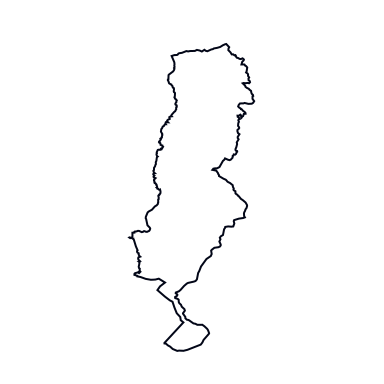 Metinaro, Dili, East Timor, rotated 301°
{"feature_id": "22284137B6793847155334", "entity_name": "Metinaro", "entity_type": "district", "adm_level": 2, "iso_a3": "TLS", "parent_name": "East Timor", "parent_adm1": "Dili", "projection": "natural_earth1", "projection_center": [125.764, -8.537], "detail": "fine", "context": "isolated", "style": "outline", "palette": "ink", "viewbox_px": 384, "rotation_deg": 301, "n_neighbors": 0, "source": "geoboundaries", "source_scale": "gbopen_adm2", "svg_char_len": 6090}
<svg xmlns="http://www.w3.org/2000/svg" viewBox="0 0 384 384"><g transform="rotate(301 192 192)"><path d="M48.6,247.7L48.1,250.4L48.2,252.9L47.5,256.3L48.2,261.2L49.4,262.6L51.5,266.5L54.4,269.4L65.7,278.1L68.4,278.4L71.2,278.1L79.0,279.5L79.8,279.4L81.8,276.9L82.5,275.5L83.3,271.8L83.5,269.2L80.9,265.0L80.8,262.8L80.1,260.9L80.5,255.8L80.5,254.9L79.9,253.4L80.3,251.4L81.5,250.6L83.1,246.9L83.6,246.7L86.6,247.0L87.7,245.8L88.4,242.3L89.7,240.6L90.1,238.5L90.8,237.4L92.8,236.0L93.0,234.8L92.4,232.3L93.2,231.6L95.3,232.6L96.3,232.5L96.7,231.7L96.8,230.2L97.5,229.9L100.1,231.9L102.1,232.6L107.4,233.6L110.8,234.7L112.0,235.4L116.1,239.7L117.3,240.7L118.0,241.0L119.7,241.2L125.7,239.0L128.2,238.9L132.8,238.1L142.0,238.9L146.8,241.1L149.0,240.8L151.6,238.6L152.6,238.7L155.7,239.9L158.3,243.1L159.6,244.0L160.4,244.1L161.3,244.0L161.9,243.5L163.6,241.0L166.2,240.7L167.1,239.4L168.8,239.5L171.1,240.7L176.6,238.7L178.2,238.8L179.2,238.5L181.1,240.7L182.6,243.7L183.7,245.1L186.8,244.5L188.5,242.8L189.6,242.6L193.3,245.9L196.0,249.2L197.5,250.4L198.2,249.1L200.5,247.5L202.0,247.2L203.2,247.2L204.6,246.8L206.2,247.0L208.5,246.4L209.2,245.8L210.6,243.3L211.2,239.7L211.3,237.5L212.5,234.2L212.5,233.2L213.0,232.4L213.0,230.9L213.2,230.0L215.0,228.8L215.0,226.9L215.4,226.3L216.5,226.0L217.5,224.4L218.8,223.4L219.3,219.9L219.1,217.9L219.2,216.8L219.8,215.3L219.9,214.4L219.6,212.1L219.6,206.9L220.4,206.4L221.0,205.1L221.5,204.7L222.8,201.8L221.5,198.1L223.0,198.3L224.1,199.5L225.1,201.2L227.5,202.7L234.6,202.5L236.4,203.1L237.8,203.0L238.2,206.3L238.7,207.9L239.8,208.6L242.3,209.1L243.9,208.3L244.4,208.7L245.7,208.4L246.2,209.7L247.3,210.1L249.1,209.8L249.8,210.0L250.3,209.6L250.0,208.7L250.3,207.8L251.1,207.2L253.2,206.9L256.3,206.0L257.6,204.8L261.2,204.8L261.9,203.3L262.8,202.8L266.0,202.9L266.2,201.1L267.5,199.6L268.6,199.0L270.2,199.5L271.2,199.5L271.8,198.9L272.4,197.4L274.9,196.2L276.3,196.1L277.4,194.7L278.5,194.8L279.2,195.4L279.6,195.1L280.0,192.4L280.9,191.7L281.6,192.9L283.2,193.6L283.0,194.4L281.7,195.5L281.3,196.2L282.5,196.2L283.4,196.7L285.6,196.2L286.7,197.6L287.4,197.0L287.7,195.9L287.9,193.7L288.5,192.1L288.2,191.3L288.6,191.0L288.7,188.6L289.1,187.5L290.7,187.2L292.6,187.5L294.5,190.5L295.4,191.2L296.6,195.0L298.5,197.8L300.0,198.5L301.9,198.5L303.0,195.9L305.2,194.6L305.8,195.0L306.7,194.1L306.9,192.8L307.6,191.8L309.1,190.5L309.3,188.5L309.7,187.6L309.5,185.3L309.7,183.7L310.5,182.8L311.3,179.5L312.1,180.2L312.5,181.4L314.2,183.6L314.6,184.9L316.0,185.2L316.8,184.4L317.0,182.9L318.3,182.0L319.6,182.0L320.4,180.2L321.8,179.4L322.2,178.5L322.3,176.8L323.5,176.7L327.2,175.2L327.8,173.5L327.7,172.5L328.3,171.3L326.8,168.7L329.5,168.0L331.1,168.4L332.1,168.4L332.4,168.0L332.6,166.5L331.1,165.4L330.6,164.2L330.6,162.6L330.2,161.2L330.9,159.6L331.3,159.5L331.7,158.7L331.0,158.0L331.2,156.4L330.4,155.2L331.5,153.1L332.3,150.1L333.8,149.4L335.3,149.3L336.5,145.1L335.7,144.3L333.7,142.9L330.9,141.5L328.5,139.3L326.3,136.8L325.2,136.3L324.1,135.1L320.6,132.7L320.1,131.1L320.3,129.4L317.5,128.1L317.2,125.6L316.3,123.0L314.4,121.8L311.8,117.7L310.5,116.3L309.9,114.6L306.1,111.7L304.4,109.6L303.7,109.1L302.2,108.9L301.6,108.4L300.3,106.4L298.1,104.5L294.1,110.0L292.5,111.2L291.1,111.8L290.2,112.7L289.0,112.7L288.6,113.5L287.1,113.8L285.6,113.7L280.9,111.8L280.1,111.7L276.5,113.7L276.0,113.4L275.2,113.9L274.9,114.7L273.5,116.2L273.3,116.8L273.5,118.9L273.2,119.1L272.7,120.8L272.1,121.2L271.6,122.0L271.7,122.9L270.9,123.6L268.9,124.5L268.3,125.2L268.3,126.0L268.0,126.5L265.2,128.0L264.2,128.1L264.0,128.7L263.3,129.2L263.1,130.9L262.6,131.8L261.9,131.7L261.1,132.3L259.4,132.2L258.8,132.4L258.4,133.0L258.4,134.2L257.7,134.8L257.0,134.8L256.8,135.1L256.0,135.0L254.7,135.9L253.5,135.8L252.6,136.0L251.5,135.5L247.8,134.8L246.6,134.9L246.4,135.6L245.6,134.6L244.4,134.0L243.2,135.3L241.4,134.1L240.5,133.9L239.8,134.2L239.4,135.6L238.3,133.6L237.0,133.9L236.6,134.7L236.2,134.1L235.1,133.8L234.1,133.9L233.0,133.2L231.3,133.5L230.1,133.3L227.7,134.3L226.5,136.6L226.2,136.8L226.1,136.6L225.3,137.3L223.9,137.6L223.6,138.0L222.9,138.1L222.2,137.7L221.7,138.0L221.3,137.5L220.5,138.2L219.5,138.2L218.3,137.8L217.7,138.0L217.4,138.7L217.7,139.2L217.5,139.8L216.2,140.8L216.6,142.7L216.0,143.1L215.9,143.9L213.3,143.9L213.6,143.3L213.1,143.0L211.8,143.0L210.9,141.4L210.4,141.0L207.8,141.3L207.2,142.0L206.2,142.0L205.5,142.6L204.8,143.5L204.7,144.3L204.1,144.0L203.2,144.2L200.4,145.4L198.9,145.6L197.3,146.7L196.2,146.7L195.0,147.1L193.2,147.0L191.2,148.1L190.2,148.0L189.2,149.3L189.0,150.2L188.6,149.5L187.3,149.6L187.0,150.1L186.8,151.3L185.4,151.1L184.9,151.6L185.1,153.6L183.1,153.1L182.1,153.6L181.9,154.3L180.6,155.0L180.4,155.5L180.7,156.1L180.1,157.7L179.7,157.7L179.2,158.7L178.2,159.7L177.6,159.4L177.5,160.1L177.0,160.6L177.3,161.6L177.0,162.4L177.2,163.4L177.5,163.5L176.4,164.6L174.9,165.5L173.9,165.6L173.5,165.3L172.6,165.5L172.3,165.1L171.3,165.1L170.4,166.1L168.7,167.1L168.1,166.9L165.5,168.5L165.2,168.4L164.1,168.9L162.4,168.6L160.5,167.6L156.2,166.8L152.9,164.9L151.6,164.5L147.0,165.2L145.7,165.8L145.3,166.5L140.5,171.0L139.7,174.2L139.0,175.1L137.5,175.4L136.6,175.3L134.6,173.9L134.1,172.7L134.0,171.5L133.5,170.8L132.6,170.5L131.7,169.6L131.4,166.8L130.9,165.7L129.7,164.8L128.5,163.2L128.0,163.1L127.5,163.5L126.4,161.9L123.3,163.8L121.5,164.0L121.4,166.3L121.0,166.9L116.5,171.9L114.0,175.4L113.1,175.3L112.4,175.8L112.0,176.5L112.0,177.9L111.0,178.4L110.1,179.8L109.9,180.9L108.5,179.8L107.6,179.9L106.4,180.9L105.9,183.1L105.1,182.5L105.2,183.2L104.1,183.3L103.5,183.8L100.5,184.8L99.5,185.8L99.4,186.7L97.8,187.5L97.4,188.2L96.9,187.9L96.9,188.8L95.2,188.4L95.2,188.2L95.7,188.0L95.7,187.7L95.1,186.9L93.4,185.3L93.0,185.3L92.8,184.9L92.3,184.8L91.3,185.3L92.0,188.3L91.5,188.6L92.6,191.6L93.7,197.1L95.6,202.0L98.0,205.6L100.6,208.2L100.5,215.5L94.7,213.2L90.1,212.9L88.4,222.6L87.7,228.8L87.9,231.8L83.9,236.5L80.2,241.4L78.8,246.3L76.3,248.4L75.8,251.8L48.4,246.1L48.0,246.4L48.6,247.7ZM121.4,163.6L121.0,161.9L120.7,161.7L120.6,162.8L121.4,163.6Z" fill="none" stroke="#020617" stroke-width="2"/></g></svg>